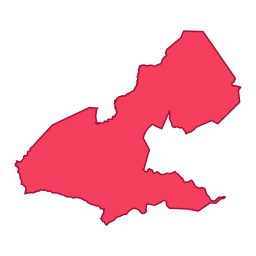 outline of Santa María Peñoles, Oaxaca, Mexico
{"feature_id": "50627088B61108461233373", "entity_name": "Santa María Peñoles", "entity_type": "district", "adm_level": 2, "iso_a3": "MEX", "parent_name": "Mexico", "parent_adm1": "Oaxaca", "projection": "mercator", "projection_center": [-97.041, 17.056], "detail": "fine", "context": "isolated", "style": "filled", "palette": "rose", "viewbox_px": 256, "rotation_deg": 0, "n_neighbors": 0, "source": "geoboundaries", "source_scale": "gbopen_adm2", "svg_char_len": 5838}
<svg xmlns="http://www.w3.org/2000/svg" viewBox="0 0 256 256"><path d="M234.8,77.5L203.0,31.6L183.8,31.1L180.8,37.9L166.9,49.4L165.5,53.1L166.5,54.9L166.1,55.9L164.3,57.2L162.4,59.7L161.5,62.4L161.1,63.1L160.7,63.7L159.7,64.1L158.2,64.5L157.6,64.9L156.4,65.4L156.1,65.8L155.0,66.2L153.3,66.0L151.7,65.3L151.0,65.2L150.2,65.4L148.4,65.5L147.5,65.9L146.7,65.8L146.0,65.5L144.9,65.2L144.4,65.2L144.1,65.4L143.7,65.1L143.2,65.3L142.4,65.1L141.7,65.4L141.3,65.3L141.0,65.7L140.4,65.6L139.9,65.8L140.0,66.5L139.5,66.9L139.3,67.3L139.6,67.7L139.2,68.1L139.2,69.3L139.0,69.6L138.5,69.6L138.6,70.3L138.6,71.3L139.0,72.5L138.2,73.2L137.8,73.8L138.2,74.8L138.2,75.4L137.3,76.2L137.5,77.0L137.5,78.0L137.9,79.6L137.8,79.9L137.5,80.1L137.0,80.8L137.1,81.9L137.4,82.6L137.0,83.0L137.0,83.7L137.6,84.0L136.8,84.7L136.3,85.5L136.2,86.4L135.3,87.1L134.6,88.9L134.2,89.3L134.2,89.8L133.7,90.8L132.9,91.2L131.9,91.4L131.1,92.4L130.1,92.6L129.7,93.0L129.3,92.9L128.7,94.0L127.9,93.6L126.9,94.0L126.4,94.8L125.8,95.2L125.2,96.0L124.9,95.6L123.3,96.1L122.5,95.8L122.1,96.2L121.2,96.1L120.3,96.7L119.5,96.7L118.8,97.0L117.9,98.1L117.2,98.2L115.9,100.7L115.1,100.3L114.7,100.4L114.6,101.1L114.8,102.0L115.5,102.3L114.4,103.4L115.3,106.3L114.9,107.8L115.2,108.1L115.8,108.0L116.1,110.5L116.6,111.3L116.8,112.8L116.6,113.5L115.1,115.1L114.9,115.9L115.2,116.4L114.9,116.7L113.1,116.3L112.7,116.5L112.4,117.8L112.5,118.6L112.2,119.4L111.3,119.2L110.8,119.3L109.9,119.2L108.3,119.2L107.8,120.0L108.0,120.4L107.9,121.2L107.6,121.8L107.2,121.8L106.6,121.4L104.7,121.1L104.1,121.4L104.1,122.6L103.8,123.1L103.1,123.3L102.1,123.1L101.3,123.1L100.2,122.6L99.9,122.9L99.9,123.5L98.9,123.9L98.6,123.8L98.3,122.8L97.6,122.8L97.3,122.9L97.6,123.9L97.2,124.1L96.6,123.5L95.6,123.0L96.1,122.1L96.4,121.8L96.5,120.6L96.0,119.0L95.7,116.4L95.9,115.8L95.9,114.3L96.3,112.4L96.1,111.5L96.6,110.4L96.5,109.5L97.5,108.2L89.4,107.6L52.5,125.0L37.7,140.8L32.6,146.6L31.7,147.2L30.3,148.7L30.0,149.2L30.1,149.5L30.5,149.6L30.4,150.4L30.2,150.8L29.7,151.2L28.0,151.4L27.9,152.1L27.2,154.0L27.4,155.0L26.8,155.4L26.1,155.5L25.5,155.8L25.1,155.8L24.7,155.6L24.4,155.8L24.5,156.0L23.6,156.5L23.8,158.2L23.6,158.5L23.0,159.1L22.1,160.4L21.4,161.4L20.6,161.9L19.7,161.9L18.5,161.8L16.8,160.9L16.6,161.0L17.0,161.8L16.8,162.8L16.6,163.3L16.2,163.2L15.4,163.6L15.4,165.2L15.7,166.0L17.1,166.1L17.4,166.3L17.5,166.8L17.3,167.3L17.4,167.7L18.5,167.9L19.0,168.7L19.1,169.5L18.7,170.0L18.0,170.4L18.1,172.6L18.8,172.6L19.5,173.2L19.8,173.9L20.1,176.3L20.4,176.7L20.5,177.4L20.1,178.0L20.1,178.4L20.9,179.5L21.9,181.6L21.5,182.6L21.7,182.8L21.2,183.6L21.3,184.1L21.8,184.4L23.0,184.5L23.7,185.2L24.3,186.2L25.4,186.8L25.8,187.7L26.0,190.5L25.8,191.0L25.5,191.1L25.2,192.1L25.4,192.6L25.0,193.6L31.3,192.5L32.6,192.8L33.7,192.7L34.5,192.1L35.9,191.9L36.8,191.3L39.0,191.0L39.7,190.6L40.9,189.6L42.8,190.2L46.3,190.4L47.3,191.1L48.2,191.2L50.1,191.0L51.6,192.1L52.4,192.6L52.8,193.0L54.1,192.8L56.9,192.8L57.8,193.3L58.9,193.6L61.0,194.5L63.6,195.0L65.1,195.9L65.6,196.4L66.6,196.7L70.5,196.9L70.9,196.7L73.0,198.0L74.4,197.8L75.7,197.4L77.5,197.5L78.0,197.7L79.1,197.6L80.0,198.2L80.9,198.4L84.8,200.5L85.9,200.6L87.8,202.6L88.9,203.0L90.5,204.0L90.9,204.0L91.8,204.6L92.6,204.5L93.6,205.0L94.3,205.0L95.3,205.5L97.1,205.9L98.5,205.8L99.4,206.4L100.6,208.7L101.7,208.8L102.0,209.0L104.1,208.9L103.9,209.6L103.7,210.1L103.7,213.4L103.0,214.0L102.7,214.1L102.7,214.6L102.5,215.0L102.3,215.1L102.1,215.9L101.8,216.3L101.8,217.4L101.2,218.4L100.7,218.5L101.7,219.6L102.1,220.4L102.8,221.4L103.6,221.7L104.6,222.4L105.5,224.2L105.9,224.7L106.4,224.9L107.0,224.8L108.4,223.1L109.5,222.1L111.7,221.4L114.5,219.6L116.3,217.4L118.3,216.7L120.2,216.3L121.4,215.4L123.4,214.7L124.9,214.2L126.5,214.1L128.2,211.9L130.5,209.7L131.9,209.2L133.6,208.2L133.8,208.2L137.1,209.0L138.3,209.6L139.4,210.6L140.2,211.7L140.5,211.9L141.8,213.3L142.4,213.5L144.3,213.2L144.8,213.0L145.3,212.4L146.3,211.6L146.4,210.7L145.8,209.1L145.9,208.3L146.9,203.9L148.2,204.0L154.6,205.2L160.8,202.4L162.5,200.9L163.6,200.5L164.4,200.4L164.6,200.7L166.1,201.4L166.4,202.3L166.4,202.9L166.2,203.3L166.5,204.5L167.1,205.7L167.6,206.5L169.4,208.2L187.3,208.9L198.3,211.0L210.2,202.8L215.8,203.2L220.8,198.8L223.8,198.5L225.2,197.1L224.9,196.8L224.2,196.8L222.6,197.0L221.4,197.4L219.3,197.2L217.6,198.2L216.2,199.8L214.2,201.2L210.8,200.3L209.2,197.1L206.5,194.0L204.8,188.5L202.6,187.8L201.2,187.6L200.1,188.3L198.3,187.8L196.1,186.9L195.4,186.2L192.0,180.6L191.2,180.2L189.0,181.5L187.0,182.2L186.2,182.3L185.5,182.1L183.8,181.5L183.4,180.9L183.2,179.8L182.5,178.5L181.4,177.5L180.1,176.6L177.7,173.8L176.8,173.3L176.2,173.2L175.0,171.6L173.1,172.6L170.4,173.7L167.6,173.3L166.9,173.3L166.5,173.4L164.8,174.2L162.5,174.5L161.1,174.3L160.6,174.4L160.1,174.1L159.7,173.5L159.4,173.5L158.3,172.2L157.6,172.0L156.8,171.9L155.7,172.9L155.0,173.2L153.0,172.7L152.6,172.2L152.6,170.5L151.4,169.6L149.8,169.5L149.5,169.3L149.3,168.8L148.4,169.2L148.1,169.5L147.8,170.1L147.8,171.0L147.7,171.5L147.1,171.9L145.6,171.6L145.0,171.3L144.4,170.7L144.0,170.0L143.3,169.4L143.9,169.2L148.1,153.8L149.5,150.2L143.2,138.0L144.4,134.1L145.0,133.2L145.2,132.3L148.0,128.3L149.8,126.4L151.2,125.3L151.7,124.5L152.3,124.4L153.0,124.6L157.5,126.9L161.8,128.7L167.6,115.2L168.8,113.0L169.0,111.9L169.5,111.4L169.8,113.7L169.5,118.2L170.4,120.7L171.4,122.7L172.1,125.5L172.4,126.1L173.1,126.9L174.1,127.4L175.1,127.4L175.6,126.8L176.0,126.6L178.5,127.3L179.9,128.0L181.9,127.5L182.7,128.3L185.1,131.4L185.8,133.3L186.1,133.7L186.7,133.6L188.3,132.6L191.2,131.7L193.2,130.0L194.3,129.3L194.6,128.8L195.7,127.7L197.2,126.6L212.0,120.4L213.7,121.6L217.8,123.7L239.6,102.2L238.4,90.6L240.6,87.2L238.2,86.4L235.7,85.9L233.2,85.6L232.7,85.7L231.7,84.0L232.5,82.8L233.8,82.0L234.9,79.8L235.2,79.0L234.8,77.5Z" fill="#f43f5e" stroke="#9f1239" stroke-width="1.5"/></svg>